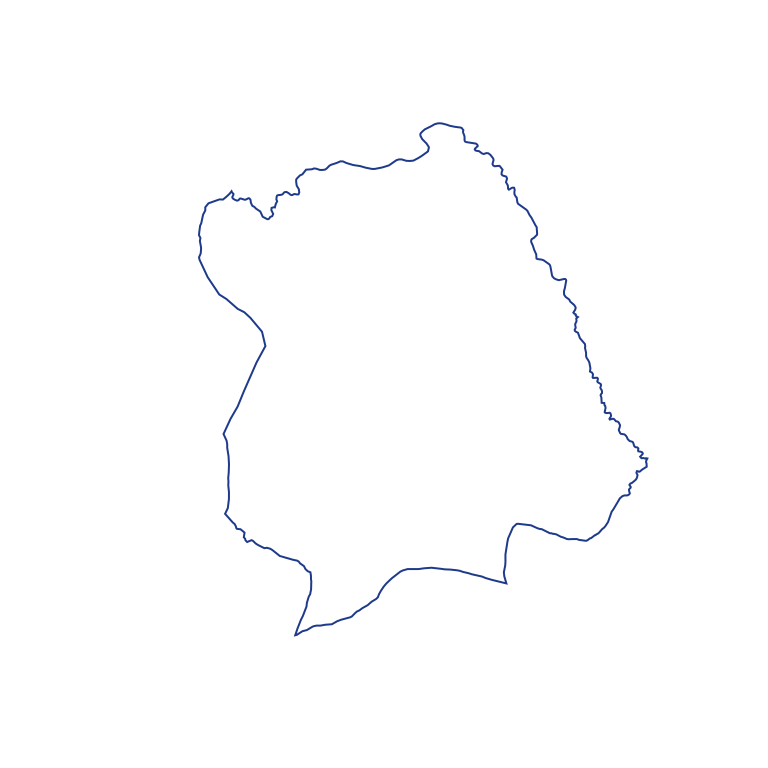 outline of Adi Keyh, Debub, Eritrea, rotated 321°
{"feature_id": "51966322B55590653223248", "entity_name": "Adi Keyh", "entity_type": "district", "adm_level": 2, "iso_a3": "ERI", "parent_name": "Eritrea", "parent_adm1": "Debub", "projection": "albers", "projection_center": [39.429, 14.884], "detail": "fine", "context": "isolated", "style": "outline", "palette": "blue", "viewbox_px": 768, "rotation_deg": 321, "n_neighbors": 0, "source": "geoboundaries", "source_scale": "gbopen_adm2", "svg_char_len": 6166}
<svg xmlns="http://www.w3.org/2000/svg" viewBox="0 0 768 768"><g transform="rotate(321 384 384)"><path d="M386.8,138.3L383.6,139.0L379.1,139.3L374.9,139.3L372.3,137.0L361.3,133.1L356.3,134.2L354.4,136.6L349.9,138.6L343.1,144.1L340.8,145.2L335.8,149.9L333.9,151.9L333.2,155.0L330.9,157.0L327.9,162.5L326.7,164.1L323.7,167.2L319.9,169.2L318.8,171.5L314.2,190.0L312.3,210.8L315.0,218.7L317.6,233.6L320.6,240.3L321.8,248.5L322.1,266.6L315.7,279.9L298.6,287.0L270.5,301.5L256.1,309.4L242.8,314.5L227.8,321.9L226.0,329.0L224.2,332.2L222.0,334.9L217.8,342.2L212.9,349.0L207.5,355.2L203.7,359.1L201.9,361.7L199.1,364.9L195.5,370.4L191.1,375.8L184.6,382.1L178.8,384.9L179.3,396.3L179.8,398.9L179.3,401.3L178.5,403.2L178.6,404.1L181.1,406.6L182.1,411.7L178.6,414.9L178.7,416.8L178.0,418.3L178.2,420.7L182.8,422.0L183.5,423.7L183.9,427.2L184.8,429.9L187.7,436.3L189.9,437.6L191.8,440.2L192.7,442.6L194.8,452.1L202.5,463.1L205.4,466.7L206.0,468.4L205.9,470.6L207.2,475.2L206.5,478.2L206.9,481.5L208.3,484.0L206.6,487.0L204.1,490.2L203.5,491.4L198.1,497.7L194.3,500.9L191.7,501.9L186.4,505.5L183.7,508.2L180.9,509.8L175.0,513.2L171.0,515.0L162.9,519.6L156.9,523.4L158.4,524.1L165.1,524.8L169.2,526.7L175.7,527.6L177.2,528.1L179.7,529.4L182.6,531.8L186.8,534.1L192.3,537.9L198.3,538.9L202.3,540.2L211.1,544.1L212.8,544.4L217.8,543.8L220.1,543.8L222.1,544.4L226.3,544.6L232.1,545.6L237.4,545.4L242.5,546.1L245.0,545.9L247.7,544.3L251.1,542.9L256.2,541.3L260.2,540.5L267.5,539.9L278.5,540.1L281.2,540.7L285.9,542.7L294.6,549.7L299.1,552.4L305.3,556.7L312.2,563.7L314.5,566.2L318.7,569.9L323.2,574.4L325.3,576.8L327.1,579.7L330.9,584.6L332.5,587.1L338.9,595.2L340.9,598.8L344.5,604.0L353.6,616.0L356.4,609.3L358.6,605.8L363.9,601.4L366.5,598.6L371.0,593.0L380.5,584.4L383.3,582.1L393.9,576.6L399.0,576.2L400.3,577.1L409.3,586.3L412.4,592.5L413.8,594.7L415.2,596.0L419.0,604.4L420.2,605.4L421.0,606.8L421.8,607.4L423.4,609.5L425.3,614.0L426.7,616.0L428.5,619.4L429.5,620.6L433.1,623.3L436.4,626.0L437.5,627.9L442.3,633.0L443.8,633.5L447.0,633.6L448.0,634.1L452.7,634.2L453.3,634.6L454.5,634.5L455.9,634.9L457.4,634.9L462.0,634.1L464.7,634.1L466.5,633.8L471.2,632.3L480.6,626.5L483.5,625.7L495.4,621.3L498.7,621.2L500.5,621.8L503.2,623.8L505.2,624.1L506.2,623.7L507.3,621.1L508.1,620.1L510.4,619.8L511.0,619.2L511.2,616.9L512.7,616.4L514.4,616.9L517.6,616.9L519.4,616.8L521.1,616.3L523.7,614.4L524.3,611.8L525.7,610.9L526.4,611.5L526.8,612.5L527.5,613.0L531.2,613.0L536.1,613.6L538.0,611.0L538.5,609.6L539.4,608.7L541.8,607.6L540.9,606.5L540.0,606.3L539.0,604.8L537.4,603.7L537.3,601.7L540.9,601.2L541.5,600.7L541.6,599.5L540.9,598.2L539.3,596.4L539.7,595.4L541.1,594.2L541.1,593.4L540.9,592.6L539.6,591.3L539.4,589.7L540.7,586.4L540.7,585.3L539.0,582.8L538.7,580.2L539.4,577.8L539.4,575.5L539.0,574.3L536.8,571.9L536.6,571.0L537.4,567.7L538.2,566.9L539.5,566.3L541.5,564.6L542.2,561.8L542.0,560.4L540.8,558.8L540.7,556.1L540.1,555.1L537.1,553.7L537.3,552.9L539.9,552.0L540.7,551.3L541.5,549.4L541.3,548.4L538.9,546.9L537.8,545.6L537.8,544.7L541.1,542.1L542.1,540.3L542.0,539.4L543.2,537.4L541.3,535.6L544.5,531.2L545.2,529.1L546.1,528.5L547.6,528.3L548.8,526.9L549.4,525.4L549.4,524.1L549.9,522.9L552.0,521.5L552.4,520.3L551.2,517.1L551.4,516.2L553.0,515.1L553.7,514.2L553.5,513.2L550.3,510.9L550.3,510.1L552.4,508.1L552.7,507.4L552.8,506.0L551.9,503.9L554.3,501.7L557.1,496.5L557.7,493.9L557.9,491.2L558.6,489.5L560.7,486.9L563.0,482.3L564.0,481.5L565.3,479.4L565.1,471.7L567.0,466.3L566.0,464.0L565.8,462.7L566.4,461.8L568.3,461.0L569.7,458.5L570.4,457.7L573.2,456.3L574.7,454.0L576.8,454.0L576.1,452.2L576.2,451.2L576.8,450.7L576.1,448.7L576.1,447.7L579.5,446.5L581.0,445.3L581.3,444.3L581.5,442.2L580.6,437.3L581.1,434.9L580.0,430.8L580.1,428.6L580.3,427.8L582.2,425.2L584.9,423.3L590.7,418.3L591.1,417.3L590.9,416.5L590.2,415.8L585.3,413.4L583.8,411.3L582.7,408.9L582.6,406.5L583.0,405.2L586.9,398.1L587.7,396.3L587.8,395.1L585.9,388.3L584.7,386.4L581.8,383.4L581.5,382.4L583.9,379.0L585.1,374.4L586.8,370.0L587.7,366.5L588.3,365.5L589.2,364.7L590.1,364.4L592.5,364.8L596.9,364.3L597.7,363.4L601.4,358.1L601.5,356.4L603.3,347.1L603.4,344.5L604.4,339.8L604.3,338.1L601.6,328.3L602.0,326.7L604.5,322.5L604.3,321.3L604.8,318.7L605.9,317.1L607.8,315.3L608.6,313.4L607.8,312.5L606.6,312.0L603.4,311.6L603.3,310.4L605.2,307.6L605.8,303.9L608.8,301.9L609.4,300.4L609.4,299.5L607.6,297.0L607.3,296.1L607.4,294.9L608.7,293.5L611.0,292.1L611.1,287.7L610.9,287.0L607.0,284.4L606.4,283.0L606.6,281.7L607.0,281.1L610.1,278.9L610.8,277.4L610.9,273.0L610.5,271.2L610.2,270.3L608.9,269.0L606.2,268.0L605.2,266.3L604.4,262.9L602.5,260.8L602.0,259.8L602.3,258.6L603.2,258.3L606.5,258.1L607.0,257.4L607.0,256.0L606.7,255.0L600.2,247.8L599.6,246.6L599.9,245.4L602.2,242.5L602.8,241.3L603.7,238.4L604.3,237.5L605.4,236.7L605.5,233.9L604.9,232.9L601.0,228.8L597.6,224.7L595.9,221.9L593.0,218.0L591.2,216.3L589.4,215.1L586.9,214.0L582.6,213.3L576.0,211.8L572.8,211.9L570.1,212.3L569.4,212.8L568.5,214.1L567.8,217.7L568.4,223.9L568.0,227.8L567.7,228.5L564.5,230.9L557.0,230.5L552.9,230.0L547.4,228.9L544.4,226.9L541.9,224.7L539.0,220.5L537.0,218.9L534.6,217.9L525.4,217.2L519.1,214.7L512.1,211.0L510.1,209.4L506.0,204.5L502.5,199.5L497.9,194.5L493.8,188.5L492.2,185.2L490.2,183.5L486.5,182.5L480.8,180.3L479.0,180.0L475.8,180.4L473.4,180.4L471.1,179.1L468.9,177.3L466.9,174.1L465.2,172.4L463.2,171.8L458.3,168.4L452.5,169.7L450.0,169.0L445.5,169.5L444.4,169.9L443.1,171.4L441.0,174.9L440.4,179.0L438.7,181.8L436.9,182.8L435.7,182.0L434.1,180.1L432.9,179.6L431.8,179.5L431.0,179.0L430.4,177.9L430.1,176.1L429.1,173.4L427.8,172.5L427.0,172.3L424.7,172.7L423.9,172.6L422.0,171.6L421.0,170.8L419.6,170.3L418.5,170.8L416.5,172.9L415.9,174.8L413.3,175.9L410.3,178.1L409.8,177.4L407.5,176.4L405.9,177.9L404.9,182.1L402.8,183.2L400.6,182.6L398.8,183.2L397.7,183.0L397.0,182.4L395.0,177.7L396.4,172.1L394.9,167.2L394.7,164.8L393.8,162.6L394.6,159.4L396.2,156.8L396.2,155.1L395.5,154.3L393.0,153.8L391.8,153.3L389.4,149.7L388.6,149.2L386.5,149.6L385.2,149.0L384.3,147.5L383.4,145.3L383.4,144.1L383.7,143.3L386.0,142.2L386.6,141.6L386.5,139.2L386.8,138.3Z" fill="none" stroke="#1e3a8a" stroke-width="2"/></g></svg>